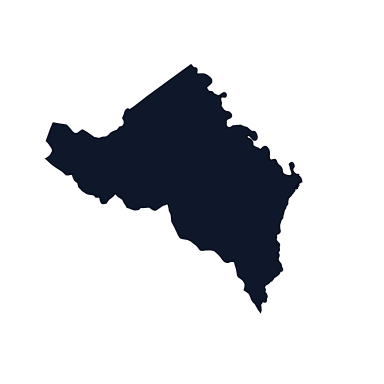 Centinela del Condor, Zamora Chinchipe, Ecuador, rotated 324°
{"feature_id": "8360857B40845623315832", "entity_name": "Centinela del Condor", "entity_type": "district", "adm_level": 2, "iso_a3": "ECU", "parent_name": "Ecuador", "parent_adm1": "Zamora Chinchipe", "projection": "robinson", "projection_center": [-78.739, -3.948], "detail": "fine", "context": "isolated", "style": "filled", "palette": "ink", "viewbox_px": 384, "rotation_deg": 324, "n_neighbors": 0, "source": "geoboundaries", "source_scale": "gbopen_adm2", "svg_char_len": 6087}
<svg xmlns="http://www.w3.org/2000/svg" viewBox="0 0 384 384"><g transform="rotate(324 192 192)"><path d="M266.2,92.3L265.9,88.6L235.4,88.6L211.9,88.7L196.4,89.2L190.2,89.1L189.7,88.8L188.9,87.1L188.2,86.9L186.8,87.0L185.9,87.3L184.5,88.2L183.3,89.3L182.4,89.8L180.6,91.0L179.6,91.4L179.1,94.5L178.3,96.0L177.8,96.7L177.1,97.2L175.2,98.0L174.5,98.1L174.0,98.1L171.5,97.1L167.7,98.3L165.8,97.6L163.3,97.0L161.4,96.8L160.4,96.8L157.7,97.4L154.6,97.2L152.5,95.7L150.0,94.7L148.6,94.5L147.5,93.6L147.2,93.1L144.7,90.5L141.6,81.5L139.7,77.4L134.2,77.4L133.2,77.1L132.1,76.5L131.5,75.9L130.7,74.3L130.5,73.4L130.0,66.8L129.6,64.1L123.2,57.8L120.3,54.7L114.5,58.2L104.4,65.1L104.8,68.0L104.7,73.7L104.6,74.7L103.6,76.8L102.8,77.4L99.8,78.9L97.6,79.4L94.4,79.4L93.5,79.2L93.8,80.2L94.7,85.3L95.5,88.3L96.9,92.4L99.6,99.2L100.4,104.1L101.2,104.5L101.9,105.2L104.7,106.3L105.7,107.7L105.8,108.1L105.4,108.6L104.9,109.7L104.1,113.1L104.3,114.7L105.2,117.1L105.0,117.9L104.5,119.0L103.6,121.4L103.7,122.7L104.1,124.3L104.1,125.9L105.6,130.1L106.4,131.7L107.2,132.8L110.2,135.6L111.1,136.9L111.4,137.7L111.2,139.2L111.5,139.6L112.5,140.5L113.8,141.1L114.1,141.6L114.2,142.2L114.1,142.8L113.0,145.3L112.6,146.6L112.5,147.7L112.8,148.4L113.4,149.1L115.4,150.0L115.8,150.4L119.2,149.2L120.9,148.8L123.5,148.9L126.2,148.6L129.0,147.9L129.4,148.7L129.6,151.6L130.0,152.8L131.6,156.5L131.6,158.0L131.0,160.9L131.0,163.9L130.6,166.2L131.8,167.7L133.6,170.6L135.3,172.7L138.2,174.5L139.2,174.5L140.6,174.1L141.4,174.2L143.3,175.6L148.5,178.8L149.0,179.5L149.7,182.0L150.5,183.8L151.3,184.7L151.9,185.1L154.1,185.3L160.3,185.4L162.9,186.3L164.1,186.5L165.8,187.3L164.4,191.0L163.6,192.6L162.9,193.7L162.4,196.7L162.0,198.1L159.9,201.9L159.0,203.1L158.4,204.4L157.5,211.1L157.1,212.7L156.7,215.4L156.3,216.8L155.7,220.8L155.7,222.1L157.1,224.0L160.7,227.6L162.4,230.6L162.9,231.8L163.0,232.9L164.4,237.4L164.7,239.5L164.7,242.7L165.0,244.0L166.2,245.2L169.1,246.7L172.8,249.3L174.2,250.6L175.2,251.7L175.9,253.0L177.0,257.9L177.3,260.6L177.3,264.4L177.4,266.0L177.6,267.3L178.1,268.2L178.8,269.2L180.1,270.2L182.3,270.6L183.9,271.5L185.7,273.5L185.1,274.4L184.4,276.2L182.8,280.9L180.2,285.9L179.9,286.7L180.0,288.4L181.2,291.7L181.6,293.8L181.3,296.7L180.9,297.9L180.4,298.7L178.5,300.7L176.8,302.0L177.9,304.8L178.7,307.6L178.5,309.4L177.3,313.9L177.1,315.5L177.1,317.2L177.6,319.6L176.9,325.5L176.8,329.3L178.5,328.0L179.1,326.7L180.2,325.2L181.0,323.2L182.7,322.8L183.6,322.4L184.0,322.1L184.5,322.0L185.5,322.7L186.4,324.0L186.9,324.1L187.8,323.9L188.2,323.6L188.7,322.7L189.7,321.5L190.0,321.3L190.9,321.1L191.6,320.0L192.2,318.0L191.7,316.4L192.7,314.9L193.7,314.2L193.9,313.8L194.3,311.9L194.5,311.5L195.9,310.7L196.7,310.4L199.2,310.7L201.2,310.7L201.7,310.6L202.6,310.0L203.8,310.5L204.6,310.7L205.3,310.0L206.3,310.1L207.5,309.4L210.7,309.5L213.2,309.5L214.4,309.2L216.6,308.0L217.2,308.0L218.1,308.6L218.5,308.6L219.6,307.9L220.0,307.2L220.2,305.4L221.4,302.8L221.5,302.2L221.3,299.6L221.5,298.4L221.8,297.2L222.8,296.1L224.7,294.8L225.3,294.1L225.7,292.8L225.6,292.4L225.2,292.1L225.0,291.7L227.6,290.8L228.5,290.2L228.9,289.7L229.5,288.5L230.0,287.6L231.3,286.5L231.9,285.8L232.0,285.3L231.6,281.5L231.9,280.0L232.1,279.5L233.5,278.6L234.6,276.5L235.2,276.2L236.2,276.0L237.4,276.4L238.9,276.3L239.9,275.8L240.3,275.4L241.1,273.5L242.7,270.9L243.5,269.9L248.0,266.6L249.4,266.5L250.2,266.1L251.4,264.5L253.1,263.3L255.9,260.8L258.0,260.0L259.2,259.1L259.9,258.4L261.1,258.3L261.9,258.0L262.6,257.5L262.8,257.1L264.0,255.5L265.1,254.7L266.0,253.6L266.8,253.3L267.9,253.4L268.7,253.1L270.2,253.0L271.1,252.5L273.0,252.1L274.1,251.5L274.8,251.6L275.4,251.2L275.8,251.2L276.1,251.0L276.5,250.2L277.8,249.5L278.2,249.7L278.3,250.6L279.4,250.9L280.2,250.1L280.9,249.9L280.5,249.1L280.6,248.5L281.4,248.7L281.6,248.3L282.4,249.0L282.7,247.8L283.4,248.0L283.8,247.3L284.6,247.5L285.1,247.9L286.0,247.8L286.7,248.2L287.0,247.8L286.9,247.2L287.8,246.3L287.6,245.5L288.2,244.3L287.7,243.5L288.0,242.9L287.4,242.5L287.2,241.9L287.5,241.5L287.8,241.4L288.4,240.6L287.2,239.6L286.3,238.4L286.0,237.0L285.8,235.6L286.3,233.4L286.9,232.5L289.6,231.3L289.9,230.7L290.2,230.1L290.5,228.8L290.5,227.8L290.1,226.9L289.3,226.6L287.7,226.6L287.2,226.9L286.9,227.5L286.8,228.8L285.8,230.5L284.4,234.8L283.8,236.1L282.8,236.9L281.8,236.9L281.0,236.7L279.8,235.8L278.2,234.1L277.2,232.5L276.6,231.3L276.5,230.0L276.9,228.7L278.0,226.8L278.3,225.9L278.4,225.0L278.5,224.2L278.4,222.8L277.7,220.7L277.9,217.7L278.3,216.8L278.5,215.9L278.4,215.0L278.1,214.5L277.2,213.9L274.4,212.8L274.2,212.0L274.1,210.5L275.5,208.2L277.3,206.1L278.3,204.3L278.8,203.1L278.9,200.3L278.7,199.2L277.6,198.0L276.3,197.7L275.1,197.7L272.8,198.2L272.2,197.9L271.6,197.0L271.4,195.9L271.0,195.2L269.5,192.9L268.7,190.9L268.7,189.7L270.3,187.3L270.4,184.9L270.1,183.5L268.6,181.1L268.6,180.1L268.8,179.3L269.2,179.0L270.7,179.0L271.6,179.8L272.2,182.7L272.3,184.8L272.6,186.1L273.1,186.7L274.0,187.3L275.2,187.2L276.9,185.9L277.4,184.8L278.0,183.2L278.2,181.8L278.2,180.3L277.8,179.7L276.0,178.5L275.1,176.2L274.3,172.4L273.8,171.6L273.2,171.2L271.2,168.1L270.6,166.9L269.8,166.2L268.6,165.9L268.4,165.5L267.3,164.6L266.1,164.1L264.4,162.9L263.7,162.7L261.9,162.7L260.2,162.2L259.2,161.5L258.6,159.9L258.6,158.5L258.9,157.7L260.8,155.3L261.3,154.3L263.3,153.6L265.8,154.2L267.1,154.3L267.8,154.2L268.8,153.4L269.1,152.7L269.3,151.9L269.3,151.1L268.9,149.2L268.3,148.4L267.0,147.2L266.5,146.5L265.8,144.8L265.7,144.1L265.7,140.5L265.9,139.2L267.6,137.7L268.2,136.7L269.1,134.4L270.0,133.0L270.8,132.5L272.1,132.4L274.7,134.6L275.2,134.6L275.6,134.5L276.7,133.6L277.1,132.4L277.1,131.7L276.7,131.1L275.8,130.4L274.3,130.2L271.2,130.2L270.4,130.0L269.7,129.7L268.8,128.3L267.3,125.5L267.2,124.7L267.2,123.1L266.9,122.6L264.7,120.5L264.5,119.9L264.7,116.2L265.0,115.7L270.9,115.1L272.4,114.5L273.7,112.7L273.8,111.9L273.8,110.8L273.1,107.8L272.0,105.1L270.8,103.5L266.3,100.3L265.4,99.6L265.3,99.3L265.4,98.6L267.5,96.4L268.0,95.7L268.2,94.9L268.0,94.1L267.5,93.4L266.8,93.0L266.2,92.3Z" fill="#0f172a" stroke="#020617" stroke-width="1.5"/></g></svg>